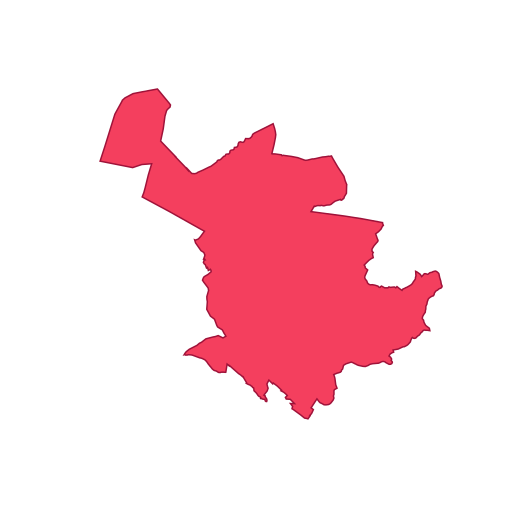 Esperanza, Puebla, Mexico, rotated 26°
{"feature_id": "50627088B28279435846357", "entity_name": "Esperanza", "entity_type": "district", "adm_level": 2, "iso_a3": "MEX", "parent_name": "Mexico", "parent_adm1": "Puebla", "projection": "albers", "projection_center": [-97.349, 18.857], "detail": "fine", "context": "isolated", "style": "filled", "palette": "rose", "viewbox_px": 512, "rotation_deg": 26, "n_neighbors": 0, "source": "geoboundaries", "source_scale": "gbopen_adm2", "svg_char_len": 6110}
<svg xmlns="http://www.w3.org/2000/svg" viewBox="0 0 512 512"><g transform="rotate(26 256 256)"><path d="M290.7,140.3L282.0,134.5L280.0,133.0L278.4,134.2L277.5,134.5L275.0,136.3L272.3,137.9L267.0,142.2L265.1,143.6L264.0,144.1L260.3,147.2L258.8,148.2L257.7,148.5L250.4,149.3L246.7,150.3L244.1,151.0L237.5,153.2L236.4,153.5L235.4,154.4L234.5,153.9L228.4,155.9L226.2,156.9L225.4,157.1L223.4,148.0L221.6,141.2L220.6,138.3L219.0,135.9L217.0,133.4L213.4,129.6L200.7,146.2L199.7,148.1L199.9,150.4L199.1,152.7L198.0,153.7L195.2,155.0L195.2,158.4L194.6,159.5L193.6,159.9L191.9,160.2L190.8,161.3L190.8,162.8L191.4,164.9L191.0,166.6L189.0,167.9L189.4,169.8L188.9,170.6L187.1,171.9L186.6,173.1L187.2,174.7L186.7,176.4L185.5,176.9L184.4,177.8L184.3,179.7L183.3,180.6L181.9,184.7L180.8,186.1L180.1,186.2L179.5,187.2L179.5,188.7L176.2,195.1L174.7,196.8L170.7,202.0L167.1,206.2L166.2,207.8L164.6,209.0L162.0,210.0L156.3,207.8L156.9,208.6L152.4,206.7L140.1,202.2L140.3,202.0L119.9,194.5L116.9,182.4L112.9,170.3L111.9,164.5L112.2,163.0L113.5,159.6L113.0,158.6L113.0,157.8L111.2,156.8L94.2,149.1L81.1,158.8L79.0,160.4L74.9,163.5L74.2,164.1L69.0,171.2L67.6,174.6L67.7,175.7L67.1,187.8L67.0,190.4L72.2,224.2L74.3,239.1L106.4,230.6L113.3,223.8L121.8,218.8L123.7,230.4L126.5,243.4L127.4,248.2L127.8,252.8L158.3,254.0L196.0,256.2L198.8,256.3L197.6,263.0L197.1,264.8L196.7,265.9L196.2,266.6L194.4,268.4L193.8,268.4L195.9,270.7L204.2,275.3L207.5,275.7L209.6,277.5L209.9,278.6L210.3,281.8L211.1,281.3L212.0,281.8L211.2,282.4L211.5,284.8L213.0,285.8L214.1,285.9L216.8,288.5L217.4,287.5L219.5,289.9L220.8,288.0L221.3,288.5L221.8,288.5L222.6,289.8L221.0,293.5L218.5,297.3L218.3,298.2L218.3,299.2L218.5,301.2L220.5,302.4L227.0,305.7L228.5,307.8L229.6,314.0L230.8,316.3L232.3,318.4L235.1,325.5L241.4,330.0L246.4,331.0L251.1,335.5L252.6,336.6L258.2,337.2L261.2,339.5L262.8,340.4L264.1,341.3L262.2,344.1L256.9,344.1L254.8,346.2L252.9,347.6L247.3,352.4L244.8,357.5L243.4,359.2L242.1,362.2L236.9,369.1L235.2,372.7L234.8,374.7L234.7,376.1L234.9,375.9L236.0,376.0L237.7,375.1L238.6,374.3L241.1,373.3L242.2,373.0L250.1,372.2L251.2,371.9L252.4,371.7L255.1,371.7L256.3,371.9L258.6,372.9L260.8,374.2L262.5,374.9L263.1,375.3L263.6,375.4L266.3,376.7L268.5,377.2L270.8,376.8L273.2,377.1L274.9,376.5L275.5,375.8L276.2,375.4L277.8,374.6L279.4,374.0L279.8,373.7L277.4,365.8L279.9,366.5L279.8,366.1L281.3,366.4L292.1,369.4L292.7,369.4L294.5,369.7L297.0,370.4L297.1,370.1L297.5,370.2L298.9,371.3L303.1,374.0L303.0,374.7L305.0,374.8L307.6,374.6L308.9,375.0L309.4,374.9L310.0,375.2L310.6,375.7L311.5,375.5L311.9,375.8L313.3,378.0L315.9,378.8L317.9,379.8L319.0,380.5L320.3,380.9L321.4,380.8L322.3,381.1L322.4,381.9L322.6,382.1L323.9,381.7L324.8,381.7L326.7,381.0L327.3,381.4L327.6,382.0L328.1,382.3L328.9,382.4L329.4,382.1L329.2,381.1L328.4,379.9L326.6,378.8L325.9,378.5L325.7,377.8L325.1,377.6L324.1,377.6L325.2,372.4L324.8,369.4L324.3,369.1L322.4,366.8L321.9,366.3L322.0,361.9L327.1,363.6L327.2,362.6L332.3,363.6L337.8,365.4L337.5,366.2L340.7,366.3L343.1,366.9L345.3,367.7L344.4,370.2L345.9,371.3L349.6,369.8L355.3,371.8L351.6,373.5L354.8,375.1L355.3,377.5L356.6,377.6L365.5,379.2L370.7,380.4L373.2,379.7L374.1,379.6L374.7,375.8L374.2,375.7L375.0,373.4L375.0,371.8L374.9,368.9L372.1,368.3L373.4,357.7L376.6,359.3L378.0,359.8L380.1,359.7L382.4,359.9L384.2,359.1L386.3,357.7L387.1,356.7L387.8,355.1L388.5,351.6L388.3,349.5L387.3,348.4L386.8,347.2L386.7,346.1L385.1,342.9L385.1,341.7L386.8,339.3L384.2,336.9L380.5,331.3L379.2,329.8L377.8,328.5L380.4,325.6L381.3,324.9L382.8,323.4L383.2,322.3L382.9,321.0L383.4,319.6L382.6,315.9L384.1,313.5L388.1,309.6L389.9,309.4L392.0,309.5L392.6,309.4L394.2,309.5L395.9,309.4L400.5,308.3L402.7,307.4L404.7,305.3L406.0,303.3L408.0,301.7L413.0,298.7L413.8,297.9L415.3,295.9L416.5,295.0L418.2,294.6L419.4,294.9L423.1,295.0L424.4,294.3L425.2,293.2L425.2,291.9L424.6,291.2L423.3,290.7L423.2,289.7L423.0,289.1L421.4,288.0L419.4,287.6L419.5,285.4L420.6,283.5L421.9,282.1L420.4,280.4L424.6,277.3L427.9,273.2L429.1,272.5L430.8,270.2L431.4,269.0L432.4,265.5L432.1,264.1L432.0,262.2L432.2,260.7L433.5,260.9L434.7,260.5L435.6,259.6L436.3,257.3L437.5,255.3L437.9,252.7L438.5,251.6L439.0,249.5L440.1,248.6L441.4,248.3L442.1,247.8L445.0,246.9L443.5,245.0L443.0,244.8L441.1,244.5L438.9,244.0L437.2,242.8L435.9,241.8L434.7,240.2L433.1,239.5L432.8,239.2L432.3,237.4L432.4,235.1L432.8,232.4L432.1,230.5L431.9,229.3L430.8,226.9L430.7,226.3L430.7,224.3L430.0,222.1L429.9,220.4L429.7,219.8L429.8,218.7L430.3,217.4L431.3,215.7L432.2,214.6L432.9,214.0L433.0,212.6L432.6,211.1L433.0,208.9L433.3,208.1L434.0,207.3L435.0,205.1L436.3,203.8L436.6,202.8L436.7,202.1L436.3,201.3L434.9,200.1L433.1,197.6L430.5,194.8L428.2,191.8L427.5,191.4L425.8,190.9L425.0,190.8L424.1,190.8L423.4,191.2L421.9,192.5L421.3,193.5L420.9,193.7L419.6,194.8L418.5,197.1L418.2,197.3L416.4,197.5L415.4,197.9L415.0,198.2L414.2,201.2L413.9,201.9L412.6,201.0L411.4,200.4L407.8,199.8L406.2,199.8L408.5,203.8L408.7,205.3L409.3,206.7L409.2,207.7L408.7,210.5L408.7,211.4L408.3,213.3L407.6,214.6L405.3,218.0L404.5,218.8L403.7,220.0L402.5,221.3L402.3,222.9L399.2,222.4L396.1,221.7L395.6,223.3L393.9,223.2L390.5,225.3L389.0,225.5L388.5,226.8L385.6,228.2L382.0,228.0L381.4,228.9L381.3,229.8L380.5,230.2L378.8,229.6L375.6,230.1L373.1,230.8L371.4,231.8L369.5,231.9L368.8,231.6L368.0,231.3L366.6,229.9L364.1,228.7L363.2,227.8L362.7,226.3L362.5,219.6L359.4,218.8L358.6,217.5L357.2,216.7L358.8,212.0L359.5,210.1L361.0,207.5L362.1,206.1L360.0,203.4L359.7,202.0L359.8,201.4L358.3,200.9L357.5,199.5L357.3,199.0L357.3,197.9L357.6,195.0L358.7,190.8L359.0,190.0L359.0,188.8L358.5,188.1L357.7,187.5L353.8,183.6L355.4,180.6L356.6,177.0L356.6,173.5L357.1,172.8L356.2,171.8L355.6,171.4L355.1,170.5L335.2,176.0L318.0,181.3L286.0,192.0L286.5,185.7L287.1,185.8L288.6,184.2L289.5,183.5L291.7,182.6L292.3,181.9L295.0,181.2L297.3,179.2L299.8,177.8L300.8,176.7L301.8,174.5L303.1,172.0L307.1,168.1L308.0,168.6L308.7,168.0L309.0,166.7L309.3,166.5L309.5,166.4L309.7,165.3L309.4,164.0L309.8,160.0L306.5,152.8L306.4,152.2L303.1,149.2L300.1,145.8L290.7,140.3Z" fill="#f43f5e" stroke="#9f1239" stroke-width="1.5"/></g></svg>